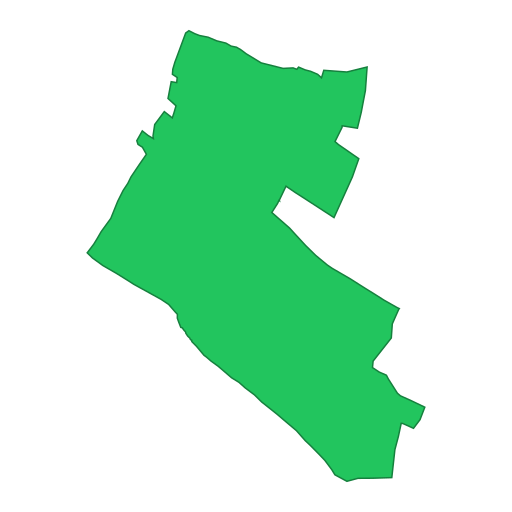 the district of Nukunuku, Tongatapu, Tonga
{"feature_id": "48082658B69213589871259", "entity_name": "Nukunuku", "entity_type": "district", "adm_level": 2, "iso_a3": "TON", "parent_name": "Tonga", "parent_adm1": "Tongatapu", "projection": "equal_earth", "projection_center": [-175.292, -21.16], "detail": "fine", "context": "isolated", "style": "filled", "palette": "green", "viewbox_px": 512, "rotation_deg": 0, "n_neighbors": 0, "source": "geoboundaries", "source_scale": "gbopen_adm2", "svg_char_len": 2072}
<svg xmlns="http://www.w3.org/2000/svg" viewBox="0 0 512 512"><path d="M367.1,67.0L346.9,72.0L323.8,70.3L321.5,77.8L317.6,74.3L310.6,71.3L305.2,69.9L298.6,67.1L296.8,69.3L293.1,67.9L283.1,68.4L281.5,68.0L261.2,62.9L248.9,55.4L246.2,53.8L244.0,52.1L240.9,49.8L236.5,47.2L231.1,46.1L225.9,43.1L216.6,40.8L208.1,37.2L199.5,35.5L194.8,33.7L188.9,30.7L185.7,33.0L176.0,59.2L174.9,62.1L172.8,69.2L172.4,74.3L177.2,77.5L176.7,82.6L171.2,81.7L168.0,98.5L176.0,105.8L174.1,112.4L172.3,117.9L164.3,111.6L154.7,124.5L153.0,136.0L153.4,138.6L148.1,135.5L142.3,130.9L137.0,140.3L136.8,140.7L138.0,144.4L142.4,147.2L146.4,154.3L139.4,164.4L131.0,176.9L127.8,183.4L123.1,190.5L117.7,201.3L110.8,218.4L101.2,231.6L97.4,238.2L93.8,244.1L87.2,252.8L92.5,258.0L102.8,265.5L116.3,273.3L128.2,280.7L133.8,284.3L140.5,288.0L161.0,299.3L168.6,304.4L175.7,312.5L177.4,314.3L177.3,318.1L178.8,322.3L180.8,327.4L182.4,327.9L183.2,329.2L184.2,330.5L185.5,331.8L185.9,333.4L187.7,336.1L189.9,338.2L190.3,339.3L191.0,340.0L191.7,340.2L191.8,341.4L192.2,342.0L196.4,346.2L199.0,349.3L204.0,355.3L206.2,356.9L211.3,361.3L218.1,366.2L225.1,372.2L231.6,377.8L238.9,382.3L245.3,388.0L254.5,394.9L261.8,402.1L269.4,408.1L276.9,414.1L283.7,419.9L296.4,430.6L305.3,440.7L310.0,445.1L317.5,452.7L318.5,453.7L324.8,460.3L331.8,469.7L334.9,474.8L346.9,481.3L358.0,478.3L372.7,478.2L391.8,477.6L394.9,449.6L398.4,436.4L401.2,423.3L402.8,423.5L413.5,428.3L420.0,419.7L424.8,407.2L411.9,401.0L400.4,395.8L397.4,393.2L388.3,378.9L386.4,375.2L379.3,372.1L372.5,367.6L373.1,361.1L391.3,338.0L392.3,323.9L394.3,319.3L398.7,309.4L399.3,308.6L397.0,307.5L384.1,300.2L375.0,294.4L366.6,289.2L360.9,285.6L350.7,279.1L332.3,268.4L327.3,265.0L315.7,255.4L305.6,245.5L302.0,241.6L295.8,234.9L289.6,228.1L271.8,212.5L277.6,203.4L279.0,200.3L279.4,200.6L279.3,200.2L286.0,186.2L295.7,192.8L304.3,198.3L334.0,217.6L352.4,176.9L355.9,166.9L358.8,158.7L348.9,151.8L338.5,144.6L335.0,141.6L342.0,127.5L342.2,125.8L357.4,128.2L361.3,112.1L362.8,104.1L365.4,90.6L367.1,67.0Z" fill="#22c55e" stroke="#15803d" stroke-width="1.5"/></svg>